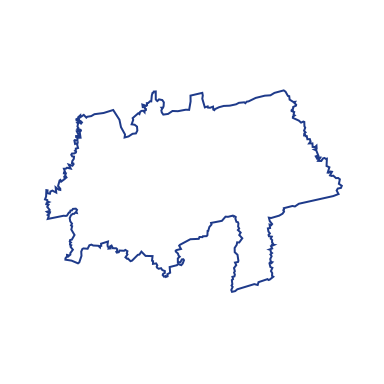 the district of Kota Depok, Jawa Barat, Indonesia, rotated 165°
{"feature_id": "22746128B73481124779947", "entity_name": "Kota Depok", "entity_type": "district", "adm_level": 2, "iso_a3": "IDN", "parent_name": "Indonesia", "parent_adm1": "Jawa Barat", "projection": "orthographic", "projection_center": [106.827, -6.388], "detail": "fine", "context": "isolated", "style": "outline", "palette": "blue", "viewbox_px": 384, "rotation_deg": 165, "n_neighbors": 0, "source": "geoboundaries", "source_scale": "gbopen_adm2", "svg_char_len": 6062}
<svg xmlns="http://www.w3.org/2000/svg" viewBox="0 0 384 384"><g transform="rotate(165 192 192)"><path d="M338.3,203.3L322.2,202.3L319.9,201.5L318.8,201.6L316.3,204.0L315.3,203.8L314.2,205.5L312.8,205.3L311.4,206.5L308.6,206.0L307.7,204.5L308.8,203.2L308.7,201.6L310.0,202.3L311.6,201.4L312.8,201.8L315.0,200.8L316.9,198.4L317.2,195.1L316.1,192.5L317.5,191.0L316.6,190.0L318.3,187.0L316.6,180.9L320.4,177.1L322.1,177.2L322.9,175.8L322.0,174.6L323.0,174.1L323.5,172.7L322.4,171.8L323.5,170.5L322.0,167.1L325.3,164.5L325.7,163.0L328.2,161.8L328.3,163.3L329.0,163.6L329.3,162.2L331.4,160.7L331.8,159.4L326.1,156.9L320.6,152.6L319.1,153.2L315.3,158.9L314.4,163.1L312.7,165.3L311.5,165.6L307.5,164.2L304.9,167.1L302.8,167.2L301.3,165.9L296.4,164.3L295.2,162.3L294.6,163.7L293.6,163.5L293.2,165.6L286.0,165.9L287.3,162.9L287.5,161.0L286.7,160.0L287.3,158.9L285.3,158.6L285.1,160.7L283.6,161.1L283.0,158.2L279.7,157.2L279.1,156.1L279.7,154.1L280.6,153.8L280.3,152.9L278.3,152.8L277.1,154.2L272.8,152.8L271.4,153.3L269.7,151.5L270.9,149.6L270.5,148.4L273.2,146.1L271.9,144.2L271.1,144.3L269.3,141.1L267.7,141.2L260.6,145.3L259.0,145.2L256.3,147.5L253.4,142.3L246.7,140.3L248.4,136.0L247.5,135.3L248.3,132.7L245.1,132.3L244.5,130.1L245.5,128.9L245.3,127.9L244.1,126.5L241.6,126.4L240.9,124.3L238.7,122.7L239.2,120.9L241.0,120.5L241.8,119.4L240.9,117.4L239.3,117.7L239.2,116.7L237.4,116.9L237.0,119.0L234.0,119.7L233.0,125.3L225.5,125.2L224.2,126.1L221.3,124.1L219.5,125.3L217.4,128.2L217.8,129.3L219.3,129.5L221.4,127.1L223.8,128.0L222.9,131.5L220.6,132.7L221.4,133.9L221.5,136.2L223.1,138.7L222.9,139.6L221.8,139.9L217.4,139.8L218.3,143.5L217.4,144.1L205.8,146.8L197.6,145.0L196.4,146.6L193.6,145.7L193.0,146.4L189.3,145.6L188.3,146.3L187.0,150.3L186.4,150.2L184.3,153.7L181.6,155.5L181.6,157.2L170.6,156.4L166.0,159.5L163.6,158.7L158.6,158.6L158.1,157.5L157.3,157.7L156.2,156.5L157.0,155.0L156.8,151.7L155.5,151.0L155.3,149.6L156.4,146.7L155.9,144.5L157.5,143.4L155.5,140.2L157.5,138.2L155.4,134.3L159.5,131.0L161.4,131.7L162.5,129.4L165.3,126.9L166.3,122.8L164.3,119.6L165.0,113.5L165.7,112.5L168.7,112.7L168.2,109.9L171.1,107.7L171.1,104.4L172.2,103.3L172.0,101.0L172.9,99.5L174.9,99.6L174.9,97.2L176.3,96.6L176.9,92.5L178.0,91.4L177.3,89.8L179.4,87.2L179.2,85.2L175.9,85.1L173.4,86.3L155.7,86.9L152.6,85.2L151.1,87.7L141.6,88.3L140.9,87.2L139.8,87.2L135.4,89.1L136.4,90.3L135.5,92.9L136.2,95.2L134.0,97.9L135.7,99.3L135.6,103.2L134.9,103.7L133.7,102.7L132.6,103.4L133.8,104.0L133.8,107.0L131.7,109.4L132.4,111.4L130.5,112.3L131.4,113.6L131.1,115.8L132.1,116.4L129.2,116.7L129.7,119.2L126.3,119.7L128.1,120.6L127.2,121.4L127.7,122.8L127.0,124.8L128.0,126.5L126.5,128.2L129.1,129.3L129.2,130.7L127.5,131.9L128.4,134.0L128.1,137.2L125.9,137.0L125.5,140.4L124.1,139.4L122.9,140.3L124.4,143.6L124.4,147.3L122.3,146.4L113.9,146.6L110.2,147.6L108.2,149.2L108.5,150.8L107.7,151.1L107.5,152.6L98.6,152.5L96.3,151.4L91.8,153.0L56.6,151.5L51.0,152.1L51.9,156.0L50.3,157.6L47.1,157.4L45.7,159.2L48.0,161.9L45.9,166.0L47.2,167.7L49.3,168.1L51.3,171.2L52.9,171.3L54.4,172.3L51.6,175.3L53.1,176.0L55.0,175.2L55.9,175.6L52.9,180.3L55.3,182.3L53.1,189.3L54.1,189.3L55.3,190.6L56.8,190.5L59.1,188.5L62.1,189.4L59.1,192.1L60.9,192.8L62.5,191.8L63.2,194.4L60.6,194.6L61.2,200.0L62.9,201.4L60.4,201.6L59.8,204.5L61.5,203.6L63.8,204.3L63.1,207.8L66.3,208.6L64.4,210.2L64.5,212.6L66.9,213.1L66.7,216.3L67.9,216.5L67.9,217.8L69.0,217.8L68.4,219.5L66.9,220.2L67.9,222.2L66.0,224.8L66.4,226.4L65.4,230.6L66.2,231.2L68.7,230.8L70.3,233.3L75.4,237.5L75.0,238.7L73.0,239.4L73.9,240.3L72.6,242.8L73.6,243.4L73.5,244.3L74.8,244.4L74.7,245.2L72.8,246.3L72.3,247.9L69.2,248.5L68.8,249.3L70.0,251.4L69.0,252.4L70.8,252.7L73.8,256.0L73.3,259.4L74.5,260.0L75.7,264.7L77.1,266.4L86.7,266.4L91.2,265.1L96.7,266.2L106.1,266.4L113.9,264.9L115.8,265.1L117.5,264.0L118.3,265.1L123.6,266.0L126.7,265.3L133.1,265.6L139.0,266.9L143.9,266.9L148.4,266.1L149.2,265.3L150.1,266.1L149.6,269.0L152.7,268.7L154.7,269.4L154.7,270.6L157.7,270.4L157.9,279.5L156.6,282.4L156.4,285.1L168.5,285.5L169.9,279.9L173.5,272.1L176.7,273.1L184.7,273.7L189.9,275.3L194.9,273.6L199.7,274.2L200.6,276.7L200.5,278.7L199.2,280.2L199.6,281.3L198.1,281.0L197.2,282.3L196.0,285.9L196.9,288.5L199.9,290.0L201.9,288.8L202.4,289.4L203.0,290.9L201.0,298.5L203.0,298.9L203.5,297.9L204.5,297.9L205.8,295.7L207.9,290.1L209.0,290.5L211.3,289.3L212.6,289.5L212.9,287.5L213.7,287.0L217.3,289.3L217.6,286.7L215.6,286.1L215.8,284.8L215.0,284.0L215.4,283.0L216.8,282.8L217.2,281.4L218.1,283.1L219.9,283.4L221.4,282.8L222.6,280.9L223.5,282.0L230.2,278.7L230.1,276.9L232.8,273.0L230.0,271.8L228.2,269.4L228.9,265.5L231.0,263.1L234.4,263.6L238.9,262.1L243.0,262.1L241.8,264.9L243.8,273.0L243.4,280.6L246.9,291.6L257.0,291.2L266.1,292.4L269.7,291.4L273.8,291.8L274.8,291.2L276.6,294.5L280.3,293.2L280.0,295.0L282.5,293.7L282.4,291.5L283.7,292.5L284.9,292.2L285.0,291.0L281.3,289.4L280.3,287.7L281.5,286.8L283.3,288.9L284.9,288.6L284.3,287.7L285.7,284.9L285.2,283.3L286.4,282.5L283.5,280.9L283.4,280.0L284.8,279.0L286.1,280.8L287.6,280.6L287.0,277.6L285.1,277.7L285.6,273.3L287.2,273.7L287.1,275.7L289.5,276.0L289.7,274.9L288.6,274.0L289.4,271.1L291.7,272.5L292.3,272.2L292.5,268.7L289.9,268.9L290.7,267.3L290.7,264.0L293.0,264.0L293.4,262.6L294.3,262.1L293.5,261.1L293.9,260.2L295.7,259.7L298.0,260.2L299.0,259.2L298.5,257.4L296.8,256.7L297.6,254.6L299.6,252.9L300.5,250.9L299.2,250.3L299.2,249.5L300.7,248.3L304.0,250.4L303.1,246.0L306.5,247.8L307.8,247.2L309.7,247.6L309.4,244.1L310.5,244.1L310.9,243.2L309.1,242.5L310.2,241.0L309.5,238.5L310.4,238.2L310.6,239.5L311.4,239.7L311.6,237.5L315.7,235.9L316.0,237.7L316.9,237.4L319.8,232.5L318.4,229.2L318.7,228.1L320.3,228.9L322.5,231.8L323.3,226.6L326.5,229.5L328.6,229.1L329.7,227.1L332.0,228.3L331.1,231.0L332.2,231.5L334.1,225.4L335.9,222.9L333.9,221.7L334.2,220.3L332.8,219.3L335.3,218.9L335.9,217.9L333.9,216.9L335.7,215.1L334.1,211.5L334.8,210.6L337.3,210.5L336.6,209.6L334.9,209.9L334.3,209.3L335.4,207.9L337.4,207.1L336.5,205.9L338.3,203.3Z" fill="none" stroke="#1e3a8a" stroke-width="2"/></g></svg>